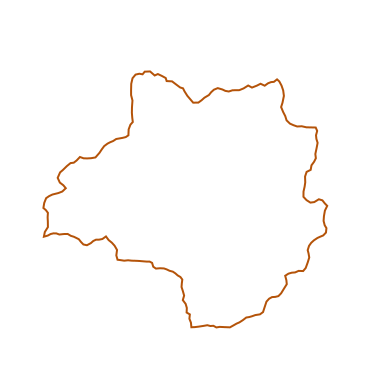 the district of Itamonte, Minas Gerais, Brazil, rotated 195°
{"feature_id": "56859067B95812833823274", "entity_name": "Itamonte", "entity_type": "district", "adm_level": 2, "iso_a3": "BRA", "parent_name": "Brazil", "parent_adm1": "Minas Gerais", "projection": "equal_earth", "projection_center": [-44.75, -22.29], "detail": "fine", "context": "isolated", "style": "outline", "palette": "amber", "viewbox_px": 384, "rotation_deg": 195, "n_neighbors": 0, "source": "geoboundaries", "source_scale": "gbopen_adm2", "svg_char_len": 2999}
<svg xmlns="http://www.w3.org/2000/svg" viewBox="0 0 384 384"><g transform="rotate(195 192 192)"><path d="M172.9,85.2L169.2,82.3L167.0,78.7L166.0,74.2L162.4,73.2L161.7,68.9L159.2,65.5L157.6,61.2L154.4,62.2L150.9,63.6L146.1,65.7L142.7,67.3L139.6,67.3L136.7,68.3L133.4,67.5L130.3,68.9L126.5,69.7L120.3,71.1L117.1,74.2L114.9,76.4L112.5,78.3L109.7,81.4L107.1,84.8L104.4,86.0L101.9,87.5L99.0,89.5L94.7,91.4L92.3,94.4L92.1,98.5L91.7,105.4L89.9,108.9L87.5,111.2L84.5,112.2L81.6,113.8L79.7,117.2L78.1,122.6L76.6,127.5L78.0,131.2L80.3,135.2L77.7,138.1L74.7,139.9L71.6,141.0L68.6,143.4L64.2,144.4L62.5,148.0L62.0,153.8L61.8,159.1L63.5,162.8L65.2,165.8L65.0,170.3L63.7,173.8L61.7,176.9L58.9,180.1L56.6,182.0L54.0,184.0L52.1,187.5L52.8,191.9L55.2,194.2L57.4,198.1L58.3,202.8L58.8,208.4L57.8,213.6L60.8,215.4L63.9,217.7L67.6,217.8L71.3,213.9L74.9,212.4L79.3,213.8L83.1,216.2L84.4,221.3L84.6,226.3L85.1,230.6L86.8,236.2L86.5,241.1L83.1,244.1L83.5,248.7L81.9,252.8L81.1,256.7L82.7,260.6L83.0,266.5L83.4,272.0L85.6,275.5L86.9,278.9L86.9,283.4L89.2,286.3L93.3,285.3L98.2,284.1L103.0,283.9L107.4,282.5L111.3,282.8L115.1,283.4L119.2,285.7L121.6,289.5L124.6,292.8L127.9,297.1L127.7,301.6L128.1,308.6L130.2,313.7L133.1,318.0L136.3,321.4L139.0,322.8L141.4,319.6L144.1,318.6L146.7,316.7L149.3,313.5L153.8,314.3L156.9,311.5L161.1,308.4L165.3,309.4L169.0,305.4L172.7,302.6L176.2,301.6L179.1,300.8L182.5,298.6L186.0,298.3L189.2,298.9L194.0,299.0L197.3,296.5L199.3,293.4L200.8,290.0L204.4,286.3L206.5,283.1L209.0,280.0L214.0,278.6L221.4,283.7L225.3,287.3L227.5,289.8L230.5,289.9L234.5,291.5L239.9,293.7L245.2,292.6L246.9,295.3L251.1,296.3L255.5,297.1L258.2,294.9L263.7,297.6L268.8,296.0L270.2,292.9L273.5,292.6L276.9,290.8L278.9,286.5L278.7,280.8L277.2,274.6L275.9,269.8L273.2,265.0L271.9,258.3L270.6,253.0L268.9,248.2L267.3,244.3L268.9,241.1L269.4,236.1L268.1,230.3L270.2,227.9L273.1,226.3L276.3,224.8L278.9,223.6L281.4,220.8L283.9,218.9L286.1,216.9L288.7,213.6L290.2,209.8L291.5,205.9L294.2,200.4L298.3,198.5L302.0,197.3L305.4,196.5L309.3,196.8L311.6,192.6L313.8,189.7L316.8,188.5L319.6,184.6L322.5,179.7L324.5,176.8L325.4,170.9L322.1,166.9L318.0,165.2L314.9,163.0L317.4,158.9L320.8,156.4L323.7,154.8L326.2,153.4L329.0,151.0L331.3,148.3L331.9,143.2L331.4,138.1L328.5,136.7L325.8,134.6L324.9,130.2L323.5,125.8L322.1,120.8L323.8,115.3L323.5,110.5L320.0,112.6L317.7,114.8L315.1,116.2L312.3,116.9L309.1,116.6L305.0,118.2L301.2,119.3L297.7,118.3L294.6,118.2L292.0,117.7L289.1,117.1L286.3,115.0L283.3,113.2L279.7,113.4L276.5,116.4L274.7,119.1L272.4,121.1L269.7,121.8L266.4,123.4L263.6,126.8L260.1,124.0L256.3,122.3L252.9,120.1L249.4,116.6L248.7,111.2L246.4,107.3L243.4,107.7L239.7,108.1L236.1,109.5L232.3,110.1L229.4,110.8L225.3,111.7L221.3,112.4L218.0,113.0L214.9,113.8L212.2,113.2L210.1,109.8L207.0,108.7L203.1,110.1L199.3,110.9L196.5,110.7L193.3,110.1L189.9,110.1L187.0,109.1L184.2,107.7L181.2,106.9L178.7,104.9L178.2,101.2L177.5,97.5L175.1,93.8L172.8,89.9L172.9,85.2Z" fill="none" stroke="#b45309" stroke-width="2"/></g></svg>